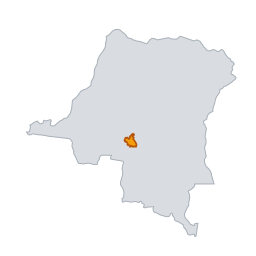 Demba, Kasaï-Occidental, Democratic Republic of the Congo shown in context, rotated 8°
{"feature_id": "63176286B65160793690884", "entity_name": "Demba", "entity_type": "district", "adm_level": 2, "iso_a3": "COD", "parent_name": "Democratic Republic of the Congo", "parent_adm1": "Kasaï-Occidental", "projection": "albers", "projection_center": [22.217, -5.237], "detail": "fine", "context": "in_parent", "style": "filled", "palette": "amber", "viewbox_px": 256, "rotation_deg": 8, "n_neighbors": 0, "source": "geoboundaries", "source_scale": "gbopen_adm2", "svg_char_len": 6526}
<svg xmlns="http://www.w3.org/2000/svg" viewBox="0 0 256 256"><g transform="rotate(8 128 128)"><path d="M221.0,171.4L201.7,174.2L202.1,175.3L201.9,176.4L201.4,177.3L199.4,179.7L196.5,181.9L196.4,182.4L197.9,184.9L198.8,188.2L198.5,194.1L198.9,195.7L198.8,197.0L197.8,198.3L195.8,205.4L197.0,208.9L200.8,212.1L203.0,214.5L206.7,215.4L207.3,215.3L207.6,213.3L210.5,212.6L210.4,225.2L210.2,225.9L209.6,226.1L208.9,225.6L208.7,224.4L207.9,223.9L204.3,225.4L203.4,225.4L202.4,225.1L201.6,224.5L201.4,223.5L198.9,219.8L197.6,219.5L196.2,216.2L190.5,213.7L188.3,213.5L187.2,212.8L186.1,210.1L184.2,208.5L183.8,206.6L183.4,206.3L182.2,206.7L181.2,209.6L179.9,210.3L177.5,210.4L171.7,209.5L167.5,207.9L166.4,208.0L164.7,206.7L164.0,204.4L164.4,202.6L164.1,202.4L157.7,203.8L156.1,204.7L154.7,204.5L154.2,204.0L154.9,202.8L154.5,201.5L154.1,200.9L152.2,200.4L151.6,199.0L150.4,198.8L150.0,199.0L149.8,199.9L149.1,200.2L145.2,199.8L141.2,201.0L135.9,200.7L133.3,202.2L133.0,202.1L132.4,201.4L131.9,199.0L132.2,198.3L133.0,197.8L133.3,196.9L133.0,194.4L133.2,193.8L132.9,192.3L132.1,190.1L131.0,188.2L128.6,185.4L128.2,184.1L128.3,181.0L129.1,176.0L129.0,172.3L128.0,169.9L127.8,167.3L128.4,162.7L127.8,161.6L115.6,161.2L115.1,160.8L114.8,160.2L115.4,157.4L108.0,158.2L105.7,158.7L104.4,159.8L103.9,161.2L103.9,163.3L102.8,165.2L102.5,168.4L100.4,168.8L98.3,168.8L94.4,168.2L90.5,169.1L88.6,170.0L87.6,169.6L84.2,169.9L83.7,169.7L79.7,163.3L77.9,161.2L77.6,160.1L77.7,159.1L77.2,157.8L75.3,154.5L75.0,153.0L75.0,150.6L74.8,149.8L73.1,147.7L72.0,147.0L70.8,146.7L50.8,147.2L44.2,146.9L39.4,147.2L37.0,147.1L36.3,146.8L34.1,147.2L32.9,148.1L31.2,148.6L30.1,148.4L28.0,146.1L30.9,145.6L31.0,145.4L31.2,139.6L30.4,138.8L31.9,137.8L34.3,135.3L36.7,134.3L37.0,133.8L37.5,133.8L38.4,134.9L40.4,136.2L43.0,135.0L43.2,134.6L43.5,132.2L44.2,132.0L45.3,132.5L45.9,132.5L47.0,131.8L50.2,130.5L51.2,132.0L50.3,133.5L50.7,134.5L50.8,136.0L51.4,136.4L53.9,136.5L54.7,136.1L59.7,130.4L61.0,129.8L63.2,127.5L66.0,126.5L67.2,124.7L68.8,121.5L69.5,117.0L69.2,109.1L69.4,108.0L72.8,104.5L76.3,98.0L78.7,96.3L80.5,95.6L83.2,93.3L85.4,90.9L85.1,88.0L85.6,85.7L86.8,82.7L87.1,79.5L86.7,76.2L86.9,73.5L88.5,69.1L88.6,64.1L90.0,60.0L92.9,54.7L94.3,50.7L94.0,46.8L94.4,44.0L94.2,42.3L93.7,40.8L94.0,39.9L95.1,39.5L96.5,38.1L99.0,34.3L101.6,32.4L103.5,31.8L105.5,31.9L106.8,32.2L108.9,33.7L111.2,34.9L113.0,36.3L114.8,38.6L119.0,39.1L120.8,40.0L121.9,40.3L122.3,40.1L123.2,40.2L125.1,40.9L126.7,40.5L134.5,42.0L135.4,41.2L137.6,37.3L139.2,35.9L141.9,35.8L144.0,36.5L145.1,36.6L154.6,33.2L155.9,33.0L159.4,33.8L161.6,33.3L162.5,33.5L164.5,32.9L166.1,30.5L167.4,29.9L181.2,32.6L183.3,31.4L184.3,31.2L187.4,32.2L188.3,33.6L190.1,34.9L191.4,37.0L193.4,38.2L194.4,39.3L195.6,40.1L198.1,40.4L201.3,38.5L203.6,38.7L205.8,39.8L206.6,39.8L208.3,38.7L209.2,37.5L210.1,37.3L211.4,37.8L212.5,38.9L213.4,40.5L216.8,44.1L220.1,45.7L220.9,47.9L222.1,47.7L222.7,47.9L223.6,49.3L224.2,49.6L224.3,50.2L223.4,51.4L222.6,53.9L223.6,55.5L222.7,57.7L222.3,60.0L223.3,60.6L224.7,60.6L226.0,61.8L227.0,62.0L228.0,63.3L227.7,64.4L224.4,68.1L219.4,72.6L217.8,73.2L216.9,74.0L216.3,75.4L214.8,76.5L213.7,76.9L213.6,80.3L211.9,83.7L211.3,84.4L210.3,90.0L210.5,91.0L209.5,95.6L209.6,99.9L207.2,101.3L205.6,103.4L204.9,104.8L204.8,108.3L202.1,110.4L201.9,110.9L202.6,113.4L203.6,113.8L203.6,114.6L205.7,117.3L205.5,125.5L205.6,126.3L206.7,128.2L207.4,132.0L206.5,136.7L209.4,145.3L208.0,148.5L208.6,151.5L210.4,154.7L214.4,157.9L215.5,159.2L216.6,160.9L217.5,163.6L221.0,171.4Z" fill="#d9dde1" stroke="#a8b0b8" stroke-width="1"/><path d="M134.5,133.3L134.4,133.3L134.2,133.4L134.1,133.5L133.9,133.6L133.7,133.5L133.4,133.5L133.2,133.5L133.2,133.4L133.0,133.6L132.9,133.7L132.8,133.8L132.7,133.8L132.7,134.0L132.5,134.3L132.3,134.3L132.2,134.4L132.2,134.5L132.3,134.5L132.4,134.8L132.5,134.8L132.4,134.9L132.4,135.0L132.2,135.1L132.0,135.3L131.9,135.4L131.7,135.5L131.4,135.6L131.2,135.7L131.1,135.9L131.0,136.0L130.9,136.1L131.0,136.3L131.2,136.5L131.2,136.9L131.2,137.0L131.3,137.0L131.3,137.3L131.3,137.5L131.2,137.7L131.1,138.0L131.0,138.3L130.9,138.4L130.8,138.5L130.6,138.6L130.4,138.7L130.4,138.4L130.4,138.2L130.2,138.0L129.9,138.1L129.7,138.1L129.4,138.1L129.2,138.1L128.8,137.9L128.7,137.9L128.7,137.7L128.8,137.7L128.7,137.5L128.4,137.6L128.2,137.6L128.1,137.8L128.1,138.0L127.9,138.2L127.7,138.1L127.4,138.0L127.1,137.9L126.9,137.9L126.8,138.0L126.9,138.3L126.9,138.5L126.7,138.9L126.6,139.0L126.5,139.3L126.5,139.5L126.3,139.7L126.3,140.0L126.3,140.3L126.3,140.5L126.2,140.6L126.3,140.7L126.5,140.7L126.6,140.8L126.6,141.1L126.5,141.3L126.6,141.5L126.8,141.4L126.8,141.5L127.0,141.7L127.1,141.8L127.3,141.9L127.5,141.9L127.6,142.0L127.8,142.2L128.0,142.2L128.2,141.9L128.2,141.7L128.3,141.7L128.5,141.7L128.5,141.8L128.6,142.0L128.8,142.2L128.8,142.3L129.0,142.5L129.3,142.8L129.4,143.1L129.5,143.2L129.5,143.3L129.7,143.5L129.8,143.5L129.8,143.8L129.8,144.0L129.7,144.2L129.7,144.4L129.7,144.6L129.6,144.8L129.5,145.1L129.4,145.2L129.6,145.0L129.8,145.0L130.0,145.0L130.3,145.1L130.5,145.0L130.6,144.9L130.8,144.8L131.0,144.8L131.1,144.7L131.3,144.7L131.3,144.9L131.5,145.1L131.6,145.3L131.8,145.4L131.9,145.5L132.0,145.7L132.2,145.8L132.3,146.0L132.4,145.9L132.4,146.0L132.5,146.2L132.6,146.3L132.7,146.2L132.8,146.1L133.0,146.1L133.4,146.0L133.6,146.0L133.8,145.9L134.0,145.8L134.0,145.7L134.1,145.8L134.3,145.8L134.4,145.6L134.5,145.5L134.5,145.4L134.7,145.5L134.9,145.6L135.0,145.6L135.2,145.9L135.3,145.9L135.4,146.0L135.5,146.0L135.7,145.9L135.8,145.9L136.0,145.9L136.1,145.7L136.5,145.5L136.5,145.4L136.6,145.2L137.1,145.6L137.3,145.5L137.6,145.5L137.7,145.4L137.9,145.3L138.0,145.3L138.3,145.3L138.5,145.5L138.7,145.4L138.6,145.2L138.7,144.8L138.7,144.7L138.5,144.3L138.6,144.2L138.8,144.0L138.9,143.9L138.9,143.7L138.8,143.4L138.7,143.2L138.6,142.9L138.5,142.5L138.4,142.4L138.0,142.3L138.0,142.2L137.9,142.1L137.8,141.8L137.8,141.5L137.7,141.4L137.5,141.2L137.4,141.2L137.3,140.9L137.2,140.8L137.2,140.7L136.8,140.5L136.7,140.4L136.5,140.1L136.4,140.0L136.4,139.9L136.2,139.7L136.0,139.4L135.9,139.4L135.8,139.2L135.7,139.1L135.5,138.9L135.4,138.8L135.3,138.7L135.2,138.6L134.9,138.5L134.8,138.4L134.7,138.4L134.8,137.7L134.9,137.2L135.0,136.9L135.1,136.7L134.9,136.6L134.6,136.5L134.4,136.4L134.1,136.2L133.9,136.2L133.7,135.8L133.7,135.7L133.8,135.5L134.1,135.3L134.2,135.1L134.4,134.9L134.5,134.8L134.6,134.7L134.8,134.5L134.8,134.4L134.8,134.2L134.9,133.7L135.0,133.6L134.9,133.4L134.7,133.3L134.5,133.3Z" fill="#f59e0b" stroke="#b45309" stroke-width="1.5"/></g></svg>